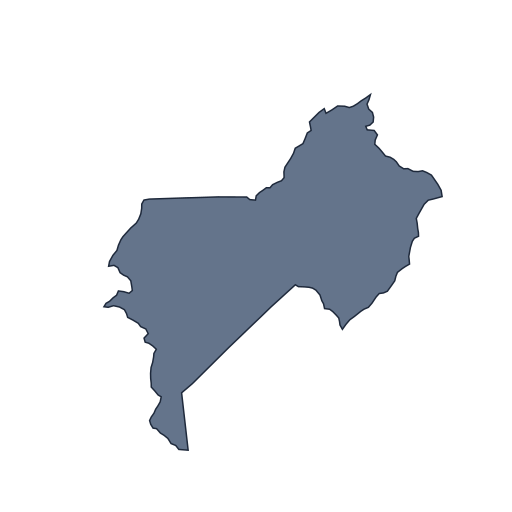 Ponto Belo, Espírito Santo, Brazil (Mercator projection), rotated 43°
{"feature_id": "56859067B23060074651511", "entity_name": "Ponto Belo", "entity_type": "district", "adm_level": 2, "iso_a3": "BRA", "parent_name": "Brazil", "parent_adm1": "Espírito Santo", "projection": "mercator", "projection_center": [-40.512, -18.26], "detail": "fine", "context": "isolated", "style": "filled", "palette": "slate", "viewbox_px": 512, "rotation_deg": 43, "n_neighbors": 0, "source": "geoboundaries", "source_scale": "gbopen_adm2", "svg_char_len": 2588}
<svg xmlns="http://www.w3.org/2000/svg" viewBox="0 0 512 512"><g transform="rotate(43 256 256)"><path d="M296.5,392.8L298.5,341.5L300.5,305.5L301.0,296.9L301.7,283.2L304.4,250.2L307.9,249.5L312.3,245.7L316.1,242.7L319.3,240.9L323.1,240.1L329.4,240.9L334.6,243.8L338.0,244.9L342.0,247.7L346.2,244.7L350.2,244.3L354.8,244.5L358.8,244.9L361.7,246.9L364.5,249.2L369.2,250.7L368.4,244.8L368.1,238.7L369.2,233.1L370.4,224.8L371.3,221.1L373.2,216.9L373.0,211.4L372.4,207.8L371.8,204.0L371.7,199.4L374.4,196.1L376.1,192.2L375.2,185.1L374.4,179.5L372.1,175.4L370.6,171.5L371.5,165.7L372.4,161.8L373.8,157.2L370.7,154.4L368.0,152.1L363.1,144.4L360.3,138.6L359.7,135.0L361.4,130.7L358.8,128.1L355.5,125.6L351.5,122.1L347.6,119.2L346.2,113.9L345.0,108.9L343.7,103.5L343.9,97.7L346.9,93.2L351.6,85.6L346.6,81.7L340.1,79.6L335.1,78.5L329.1,77.2L323.9,78.5L319.7,80.1L317.0,83.7L313.2,86.9L307.5,88.5L304.5,91.5L299.3,92.5L294.4,91.4L290.8,91.4L286.7,92.3L282.5,94.6L277.6,93.9L272.4,93.3L266.7,93.3L264.1,89.9L262.2,84.6L256.8,83.6L251.3,87.9L247.8,86.3L250.0,82.7L250.3,78.1L247.3,74.2L243.2,71.6L238.3,71.7L233.6,69.2L232.0,64.6L229.6,59.9L228.5,65.6L227.1,70.8L226.3,75.4L225.0,80.1L223.0,83.8L218.7,86.0L213.4,90.6L211.8,97.7L209.9,103.9L205.4,101.7L204.2,107.9L203.9,115.6L203.7,121.5L207.8,124.4L210.7,126.6L209.6,131.0L212.0,137.0L213.7,141.8L212.4,146.4L211.2,150.4L213.4,155.3L214.9,161.2L215.6,165.4L216.6,171.3L219.0,175.4L223.1,179.5L223.3,183.6L221.4,187.5L219.5,192.5L219.7,196.6L217.0,199.0L216.3,203.0L215.3,207.2L215.1,211.8L217.5,215.5L213.0,219.0L209.0,219.2L187.8,238.8L169.9,256.6L165.2,261.2L139.2,287.1L135.9,291.5L137.0,295.9L139.9,299.1L143.0,303.7L145.1,309.1L146.0,313.6L145.3,320.8L145.4,327.4L145.5,332.6L146.1,336.2L148.0,341.8L150.5,346.8L150.9,353.1L152.6,359.9L155.2,364.0L158.5,359.7L162.9,358.7L168.0,360.9L172.2,360.3L176.2,358.9L181.3,359.5L186.3,363.3L189.1,365.6L188.6,369.8L183.6,372.3L179.2,375.4L180.8,379.8L180.0,384.0L179.8,389.0L178.6,392.9L179.4,396.8L182.9,394.3L185.7,389.5L191.0,386.4L196.4,385.0L200.5,386.4L204.0,388.4L209.7,386.8L215.8,385.5L219.8,386.3L225.2,384.5L230.1,386.3L230.1,392.4L233.7,394.6L237.1,392.9L241.7,392.2L246.7,392.2L247.8,396.9L250.0,399.7L253.0,404.3L255.3,409.1L258.9,413.7L262.5,417.4L266.1,420.5L268.8,423.3L274.0,423.7L279.2,424.4L282.7,423.6L285.4,428.0L286.5,432.6L287.1,436.4L288.6,440.6L289.2,445.1L290.4,448.9L293.8,450.9L298.1,452.1L301.0,450.1L306.9,450.7L310.7,449.9L315.9,449.5L321.8,451.1L326.5,449.3L331.5,450.1L338.8,444.3L294.9,406.8L296.5,392.8Z" fill="#64748b" stroke="#1e293b" stroke-width="1.5"/></g></svg>